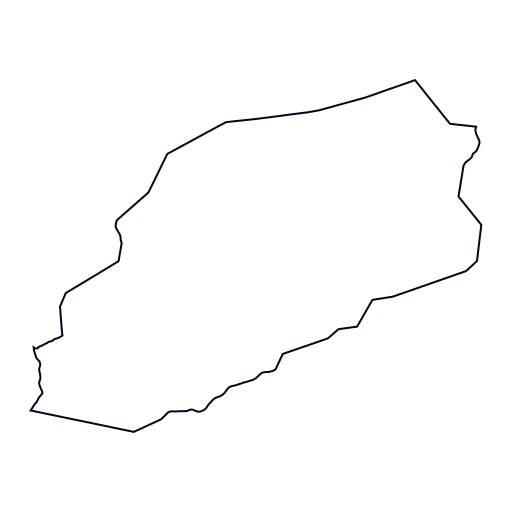 Cecen-Uul, Dzavhan, Mongolia (Albers equal-area conic projection)
{"feature_id": "93677404B97327496831925", "entity_name": "Cecen-Uul", "entity_type": "district", "adm_level": 2, "iso_a3": "MNG", "parent_name": "Mongolia", "parent_adm1": "Dzavhan", "projection": "albers", "projection_center": [95.751, 48.577], "detail": "fine", "context": "isolated", "style": "outline", "palette": "ink", "viewbox_px": 512, "rotation_deg": 0, "n_neighbors": 0, "source": "geoboundaries", "source_scale": "gbopen_adm2", "svg_char_len": 4086}
<svg xmlns="http://www.w3.org/2000/svg" viewBox="0 0 512 512"><path d="M466.2,271.0L477.0,261.0L481.3,224.8L458.5,196.5L461.2,179.8L462.2,174.1L462.2,173.8L463.5,165.7L465.0,163.3L465.4,162.5L466.2,161.8L466.3,161.7L467.2,161.2L467.9,160.7L468.2,160.3L468.5,160.1L469.5,159.5L470.5,158.5L471.1,157.9L471.7,157.1L472.3,155.5L472.8,154.4L473.0,153.9L473.4,153.4L474.0,152.8L475.2,152.1L476.0,151.3L476.9,150.0L478.0,147.4L479.0,144.8L479.3,143.9L479.3,143.7L479.5,142.6L479.4,141.5L479.1,140.4L478.6,139.0L477.8,137.7L477.4,136.8L476.4,134.2L476.0,133.3L475.6,131.7L475.5,130.7L475.4,129.8L475.5,128.9L476.2,126.7L450.0,123.8L446.0,118.8L445.5,118.2L444.5,117.0L444.1,116.5L443.3,115.5L442.8,114.9L438.6,109.6L438.1,109.0L436.1,106.4L435.4,105.7L435.0,105.1L434.0,103.9L424.4,91.9L423.7,90.9L415.0,80.1L390.0,88.9L389.0,89.2L365.8,97.4L319.1,110.3L307.2,112.4L305.0,112.7L304.3,112.7L301.2,113.1L300.5,113.2L290.4,114.5L280.7,115.8L280.2,115.9L257.4,118.8L233.0,121.4L232.9,121.4L225.9,122.2L221.3,124.7L221.2,124.7L218.6,126.1L212.7,129.3L208.3,131.7L208.2,131.7L183.4,145.2L179.1,147.5L173.1,150.8L167.3,153.9L161.9,164.9L159.8,169.2L159.7,169.5L155.1,178.9L148.4,192.5L139.8,200.1L139.4,200.4L117.0,220.1L116.1,222.6L115.9,223.8L115.7,225.0L115.7,226.0L115.8,227.0L116.1,228.2L116.8,229.2L117.2,229.9L117.6,230.7L118.7,232.7L119.5,233.7L119.9,234.9L120.3,236.0L120.6,237.6L120.6,238.2L120.7,239.2L120.7,240.1L120.9,240.7L121.1,241.5L121.4,242.2L121.7,242.9L120.3,251.1L120.2,251.6L119.1,258.2L118.5,261.2L114.1,263.9L93.1,276.6L65.8,293.0L60.0,306.6L61.9,331.4L61.9,331.7L61.9,332.1L62.0,332.4L62.5,335.1L62.4,335.6L62.0,336.0L61.8,336.1L61.4,336.3L60.9,336.5L60.4,336.8L59.6,337.2L58.3,337.9L56.9,338.4L56.0,338.6L55.2,338.9L54.7,339.1L54.0,339.5L53.4,339.8L53.0,340.1L52.0,341.0L51.5,341.2L50.5,341.4L49.8,341.5L48.9,341.9L48.0,342.2L47.5,342.6L46.9,343.1L46.4,343.4L45.7,343.6L43.3,344.8L42.2,345.4L41.0,346.1L40.2,346.3L39.6,346.5L39.1,346.8L38.7,347.0L38.3,347.4L38.0,347.7L37.9,347.7L37.5,348.3L37.2,348.4L36.7,348.4L35.9,348.5L35.3,348.3L34.9,348.2L34.5,347.9L33.7,347.3L33.8,348.5L33.9,349.1L34.0,350.2L34.2,351.2L34.7,353.0L36.1,357.1L36.6,358.3L37.3,359.1L37.8,359.7L38.7,360.6L39.0,361.0L39.4,361.4L39.7,362.2L40.0,363.2L40.1,363.6L40.2,364.0L40.2,364.8L40.1,365.5L39.9,366.2L39.8,366.6L39.4,368.2L39.2,369.0L39.1,369.8L39.2,370.4L39.5,371.4L40.2,375.3L40.4,377.0L40.3,378.5L40.2,379.1L39.8,380.4L39.4,381.4L39.2,382.0L39.2,382.5L39.2,383.5L39.4,384.6L39.7,385.5L40.2,387.0L42.2,391.6L42.4,392.2L42.4,393.0L42.2,393.5L42.0,393.9L41.6,394.3L41.0,395.1L39.5,396.9L38.7,398.0L37.3,400.8L36.7,401.8L36.3,402.4L35.0,403.9L33.4,406.2L30.7,410.5L133.8,431.9L161.1,419.3L163.5,417.0L164.9,415.6L166.1,414.3L167.2,413.2L168.0,412.5L168.8,412.0L169.5,411.7L170.3,411.5L171.1,411.4L171.7,411.3L172.5,411.4L173.1,411.4L174.0,411.4L174.5,411.4L175.1,411.5L175.8,411.5L177.5,411.3L178.3,411.2L180.2,411.2L182.0,411.2L183.5,411.2L185.8,411.1L186.8,411.0L188.1,410.6L189.3,410.0L190.4,409.6L191.3,409.6L191.8,409.6L192.5,409.7L193.4,410.0L194.9,410.6L196.0,411.1L197.2,411.5L198.2,411.7L199.0,411.7L200.3,411.6L201.1,411.2L203.0,410.5L204.4,409.7L205.8,408.5L206.7,407.2L207.4,406.2L208.1,405.1L208.9,404.1L210.0,403.0L212.9,399.8L214.6,398.5L215.5,397.9L217.4,397.2L219.4,396.5L221.0,395.8L222.0,395.1L222.8,394.6L223.8,393.6L224.6,392.9L225.3,391.9L226.6,390.1L228.1,388.3L228.7,387.7L229.5,387.1L230.2,386.7L231.3,386.3L232.9,385.9L234.3,385.6L235.1,385.4L239.0,384.2L241.9,383.2L243.6,382.6L245.3,382.2L247.0,381.7L248.8,381.1L249.5,380.9L251.7,380.2L252.8,379.9L254.0,379.3L255.4,378.5L256.1,378.0L256.7,377.4L258.5,375.8L259.8,374.5L261.3,373.2L262.2,372.7L263.2,372.4L264.5,372.2L265.8,372.1L267.3,372.0L268.8,371.9L269.7,371.8L270.9,371.4L272.1,371.1L273.3,370.7L274.4,370.1L275.5,369.4L282.8,353.9L285.2,353.1L317.5,342.0L318.0,341.8L328.0,338.3L338.5,329.2L357.1,326.6L364.5,313.7L366.9,309.5L367.0,309.3L367.6,308.3L372.4,299.9L375.6,299.4L376.4,299.2L379.3,298.8L379.9,298.7L392.6,296.7L448.2,277.3L451.1,276.3L466.2,271.0Z" fill="none" stroke="#020617" stroke-width="2"/></svg>